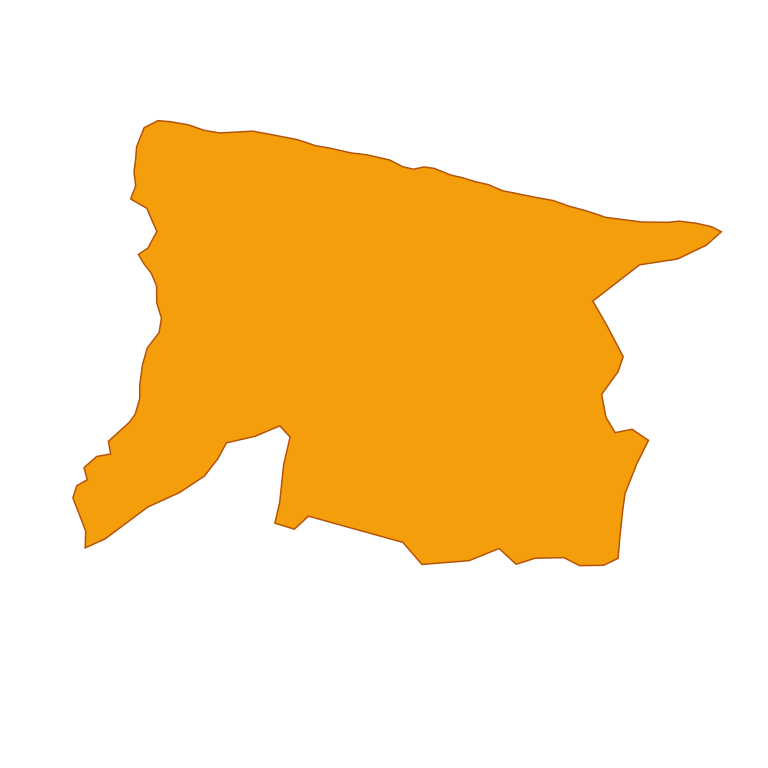 Trapeza, Cyprus, rotated 283°
{"feature_id": "46923920B69284380366179", "entity_name": "Trapeza", "entity_type": "district", "adm_level": 2, "iso_a3": "CYP", "parent_name": "Cyprus", "parent_adm1": "", "projection": "equal_earth", "projection_center": [33.486, 35.312], "detail": "fine", "context": "isolated", "style": "filled", "palette": "amber", "viewbox_px": 768, "rotation_deg": 283, "n_neighbors": 0, "source": "geoboundaries", "source_scale": "gbopen_adm2", "svg_char_len": 1485}
<svg xmlns="http://www.w3.org/2000/svg" viewBox="0 0 768 768"><g transform="rotate(283 384 384)"><path d="M608.2,678.4L610.9,668.0L610.9,652.1L609.1,635.1L605.4,624.2L599.9,599.3L598.1,581.4L596.2,562.4L598.1,543.5L599.0,522.6L600.8,507.7L599.9,488.7L599.0,455.9L601.7,441.0L601.7,427.0L602.6,414.1L602.6,402.1L605.4,384.2L604.5,374.2L599.9,364.3L599.9,353.3L603.5,339.4L603.5,315.5L601.7,299.6L601.7,279.7L600.8,263.7L602.6,244.8L601.7,218.0L600.8,199.0L595.3,180.1L591.6,167.2L590.7,151.3L592.5,135.4L591.6,117.4L589.8,104.5L579.7,92.6L559.5,89.6L545.8,91.6L534.8,92.6L521.0,97.5L507.3,95.5L501.8,113.5L490.8,121.4L481.6,128.4L463.3,123.4L455.0,115.5L446.8,123.4L439.5,132.4L428.5,140.3L412.0,144.3L398.2,152.3L383.5,153.3L366.1,145.3L348.7,144.3L327.6,146.3L314.8,149.3L298.3,148.3L289.1,144.3L279.0,137.3L266.2,128.4L254.3,133.4L248.8,120.4L235.0,110.5L224.0,116.4L215.8,107.5L203.0,106.5L185.5,118.4L173.6,126.4L157.1,129.7L170.3,147.0L211.0,181.5L232.5,209.5L253.9,229.7L274.0,239.0L291.2,243.7L304.1,270.2L319.8,291.9L311.2,304.4L282.6,304.4L245.3,309.0L223.8,309.0L222.4,329.3L238.2,340.1L233.9,438.1L216.7,461.5L231.0,506.6L249.6,533.1L238.1,553.3L248.2,570.4L255.3,598.4L251.0,615.5L256.8,638.9L266.8,651.3L288.3,648.2L314.1,645.1L331.3,643.5L362.8,648.2L388.6,654.4L395.7,635.8L388.6,620.2L401.5,607.8L422.9,598.4L448.7,609.3L464.5,610.9L491.7,587.5L511.8,568.8L557.6,606.2L571.9,642.0L591.9,667.0L608.2,678.4Z" fill="#f59e0b" stroke="#b45309" stroke-width="1.5"/></g></svg>